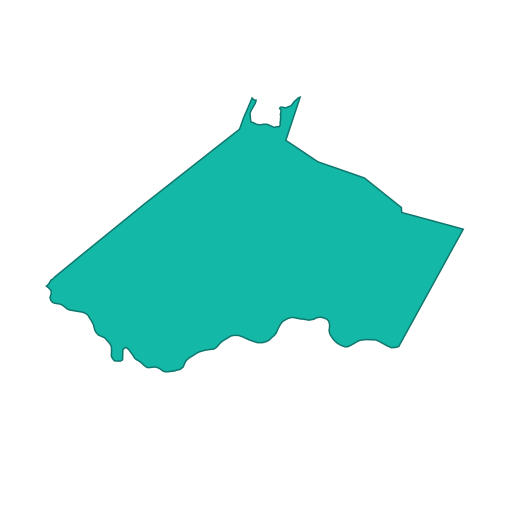 outline of São Francisco do Maranhão, Maranhão, Brazil, rotated 119°
{"feature_id": "56859067B13604855436090", "entity_name": "São Francisco do Maranhão", "entity_type": "district", "adm_level": 2, "iso_a3": "BRA", "parent_name": "Brazil", "parent_adm1": "Maranhão", "projection": "mercator", "projection_center": [-43.076, -6.208], "detail": "fine", "context": "isolated", "style": "filled", "palette": "teal", "viewbox_px": 512, "rotation_deg": 119, "n_neighbors": 0, "source": "geoboundaries", "source_scale": "gbopen_adm2", "svg_char_len": 2595}
<svg xmlns="http://www.w3.org/2000/svg" viewBox="0 0 512 512"><g transform="rotate(119 256 256)"><path d="M384.0,424.7L384.4,421.8L385.7,418.3L388.3,416.9L392.3,416.0L394.3,413.9L395.2,411.4L394.9,409.2L393.2,404.5L392.8,402.2L393.3,398.3L393.8,396.0L393.7,393.2L391.6,387.1L390.4,383.8L389.4,381.1L388.8,377.8L389.2,374.4L391.1,371.2L392.3,368.8L394.8,365.0L399.2,360.8L400.4,358.8L401.5,355.7L400.9,348.6L403.4,341.5L405.0,339.1L406.4,337.9L408.9,336.4L413.7,334.0L415.1,332.0L416.3,329.2L415.4,326.8L413.4,323.4L411.4,322.4L402.7,326.9L400.2,326.5L398.9,325.0L399.6,321.8L402.9,314.6L404.1,312.8L404.6,310.6L404.6,307.5L404.9,304.8L405.8,301.5L406.3,297.6L405.8,295.9L402.3,291.0L401.5,289.0L401.2,286.0L401.7,281.4L401.3,279.4L400.4,277.6L397.8,274.0L396.1,271.6L394.6,270.3L393.4,268.9L392.0,267.4L388.5,265.9L382.7,266.5L380.6,266.1L378.1,265.3L369.5,260.6L367.1,258.9L363.4,255.2L361.8,253.2L359.8,250.6L357.9,247.8L354.8,246.2L350.4,245.3L347.3,244.4L337.9,239.0L335.9,236.5L334.0,232.9L333.2,228.7L332.7,221.4L331.8,216.3L331.2,213.0L330.3,211.2L328.6,208.3L327.3,206.9L325.7,205.4L323.1,203.7L319.9,202.8L316.8,201.6L313.8,201.0L308.2,201.5L303.3,201.5L301.0,201.1L298.8,200.1L294.9,197.6L292.0,194.5L289.5,186.6L288.2,183.8L286.4,178.5L283.3,174.8L281.7,173.8L279.2,171.5L277.9,169.1L277.0,164.7L277.0,163.0L277.7,160.9L280.1,158.5L281.9,157.5L285.9,155.9L288.5,153.5L290.0,150.9L291.9,146.8L292.9,142.4L292.9,138.6L292.6,135.8L292.2,134.0L290.9,131.8L288.3,129.9L282.7,126.5L280.2,124.9L278.7,123.4L275.9,119.5L274.1,116.1L271.4,110.7L271.0,107.7L271.0,98.6L270.6,93.2L268.4,89.7L266.0,87.3L202.0,87.5L148.5,87.7L135.6,87.7L132.1,87.7L134.1,96.1L147.3,149.6L143.1,152.4L142.4,156.7L141.4,162.5L135.2,199.0L136.4,205.9L143.6,247.5L142.7,258.8L142.4,261.8L140.4,286.0L100.4,293.5L95.7,294.4L97.4,295.8L99.9,296.5L102.1,297.4L104.2,297.7L106.3,297.9L107.9,298.4L109.5,299.8L112.0,301.8L112.7,303.9L113.6,306.4L115.3,307.0L116.7,304.5L118.6,303.8L120.7,303.2L122.0,301.9L123.6,301.4L125.3,300.4L127.7,299.6L129.5,298.3L131.8,298.5L132.7,300.4L134.7,302.4L134.9,304.8L135.1,306.8L135.3,309.8L136.6,312.4L137.9,314.4L139.3,315.7L139.9,317.5L140.6,319.4L140.6,321.0L140.6,322.9L141.3,325.3L138.2,327.7L136.4,328.8L134.3,330.4L132.5,330.6L130.9,330.8L125.0,330.7L122.7,330.7L119.7,331.4L120.5,333.4L119.7,336.0L130.3,334.9L141.5,333.8L150.4,332.3L153.2,331.9L184.3,345.1L197.6,350.6L201.7,352.4L204.6,353.6L245.2,370.7L247.2,371.5L264.2,378.7L292.6,390.1L341.1,409.6L371.5,421.7L374.4,422.4L376.4,423.6L381.2,423.7L384.0,424.7Z" fill="#14b8a6" stroke="#0f766e" stroke-width="1.5"/></g></svg>